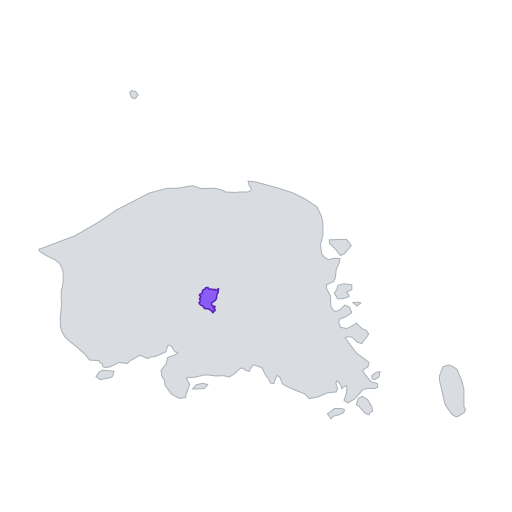 Boeun-gun, North Chungcheong, South Korea (highlighted), rotated 273°
{"feature_id": "91817680B36624004409046", "entity_name": "Boeun-gun", "entity_type": "district", "adm_level": 2, "iso_a3": "KOR", "parent_name": "South Korea", "parent_adm1": "North Chungcheong", "projection": "orthographic", "projection_center": [127.726, 36.48], "detail": "fine", "context": "in_parent", "style": "filled", "palette": "violet", "viewbox_px": 512, "rotation_deg": 273, "n_neighbors": 0, "source": "geoboundaries", "source_scale": "gbopen_adm2", "svg_char_len": 4336}
<svg xmlns="http://www.w3.org/2000/svg" viewBox="0 0 512 512"><g transform="rotate(273 256 256)"><path d="M141.2,106.0L143.2,104.5L143.3,102.3L143.4,95.2L149.0,90.3L157.0,80.1L160.9,74.6L165.3,69.4L170.4,66.0L175.4,64.4L183.3,63.7L198.3,64.4L201.3,63.8L211.7,63.3L214.2,64.2L221.8,64.8L230.2,64.1L234.5,62.6L238.4,60.0L241.8,55.3L245.3,46.8L249.0,40.0L251.2,38.7L266.9,74.5L281.9,97.5L294.7,114.2L313.3,146.3L318.9,163.5L319.6,174.2L322.9,188.9L320.5,197.4L321.5,210.7L320.4,217.5L318.3,222.6L318.4,232.3L319.2,237.5L319.4,244.3L320.9,247.0L323.0,247.9L326.3,245.4L330.4,244.2L329.8,252.5L325.2,273.5L321.2,288.8L315.5,302.1L308.2,314.4L299.2,319.3L292.9,321.0L280.8,321.8L270.7,319.8L262.1,321.4L258.6,324.0L256.1,328.3L258.0,335.0L257.8,340.0L254.1,339.6L246.7,336.8L238.6,336.4L234.8,335.0L230.9,327.9L227.0,328.2L220.2,332.4L209.8,333.4L206.1,335.6L204.8,338.6L206.3,342.3L211.6,347.2L209.8,352.1L204.3,354.6L199.9,348.5L197.2,342.6L194.1,342.2L189.3,343.9L188.3,350.3L190.5,354.7L194.2,359.8L189.0,365.6L187.7,369.8L183.9,372.7L174.0,366.1L175.4,361.3L179.8,356.8L180.3,352.1L178.9,349.3L164.6,361.1L155.6,374.5L150.9,373.5L149.0,370.0L146.3,368.6L136.6,377.2L134.8,384.1L131.3,384.3L129.8,381.3L129.8,375.1L128.2,369.8L118.4,362.0L114.0,355.2L116.5,351.5L124.7,353.7L131.2,353.5L130.0,350.3L127.9,348.7L132.2,347.0L135.9,343.4L132.9,342.4L128.3,344.4L124.5,343.3L123.1,334.5L118.6,325.4L116.3,316.7L121.0,311.7L123.4,303.9L127.7,292.6L129.9,289.0L135.8,286.4L137.9,283.5L134.7,281.9L129.6,280.5L129.8,277.3L133.3,275.5L137.2,272.0L144.8,267.7L147.2,259.4L145.1,257.3L140.4,255.3L141.5,251.1L143.5,248.0L142.8,246.0L137.3,240.6L133.7,235.6L134.8,230.1L134.1,221.6L134.7,214.5L134.5,210.6L131.9,201.9L130.8,193.2L127.3,194.5L124.4,196.6L114.2,193.4L111.0,193.1L109.8,186.7L113.6,178.8L122.3,171.9L127.3,171.1L131.1,168.1L136.9,167.2L143.8,172.0L150.1,173.0L153.5,181.3L155.6,183.0L156.1,180.0L161.2,176.5L162.4,173.8L161.4,172.4L155.5,170.9L150.4,160.6L149.7,156.2L147.9,153.3L150.8,145.2L144.8,135.8L141.9,132.9L142.5,124.5L139.4,119.2L137.7,116.3L136.7,111.2L137.6,108.9L140.3,108.1L141.2,106.0ZM116.6,471.5L113.5,473.3L110.7,472.2L110.0,471.3L106.7,466.7L105.8,464.3L108.2,459.8L117.5,452.6L141.6,445.7L145.9,445.5L155.3,448.6L157.3,454.4L155.5,459.3L153.3,462.6L142.3,468.0L133.7,470.6L116.6,471.5ZM277.4,345.5L271.3,350.6L262.8,344.0L260.8,340.3L267.1,334.9L272.5,328.7L276.0,328.3L277.4,345.5ZM232.9,345.3L232.2,353.1L227.5,353.5L224.7,348.5L221.8,350.9L220.2,351.0L217.9,344.7L217.5,339.8L223.0,336.1L226.3,338.3L231.1,339.4L232.9,345.3ZM111.6,379.5L107.4,380.6L105.0,377.8L103.4,377.1L104.4,373.5L111.4,366.5L112.8,364.0L119.1,365.6L121.4,369.4L118.4,375.1L111.6,379.5ZM134.0,109.5L133.5,120.1L130.0,119.6L127.7,118.5L126.7,116.5L124.4,106.6L127.2,102.6L132.3,105.8L134.0,109.5ZM108.0,350.5L107.1,352.4L104.2,351.8L101.4,346.2L100.2,341.8L97.3,339.4L102.1,335.6L107.9,342.6L108.0,350.5ZM126.1,209.3L125.1,214.5L120.9,211.0L119.8,199.6L124.2,203.0L126.1,209.3ZM413.7,127.4L410.8,129.9L407.3,127.6L406.8,125.1L408.6,122.8L412.7,121.4L414.7,123.2L413.7,127.4ZM146.0,382.0L147.1,385.9L141.7,385.1L138.9,381.4L139.3,378.3L142.5,377.8L146.0,382.0ZM215.3,360.6L214.6,363.1L211.3,359.4L214.5,355.2L215.3,360.6Z" fill="#d9dde1" stroke="#a8b0b8" stroke-width="1"/><path d="M213.4,201.6L213.0,202.7L212.7,202.9L211.9,202.9L211.2,202.6L210.8,202.0L209.8,201.9L209.5,202.5L208.7,202.7L207.6,202.6L207.1,201.9L206.4,201.6L205.4,201.8L204.8,202.8L203.9,203.6L203.6,204.3L203.4,205.4L202.8,206.1L201.7,206.5L200.8,207.6L200.8,208.6L200.8,210.5L200.4,211.7L199.9,212.7L198.9,214.4L197.4,215.5L197.2,216.2L197.7,216.3L198.9,216.4L199.1,217.1L199.1,217.9L199.9,218.0L201.2,217.5L201.5,216.8L202.1,216.4L202.5,217.4L203.4,217.7L203.7,216.8L203.9,215.8L204.1,214.9L205.2,214.3L206.3,214.1L207.2,214.2L207.7,214.9L208.0,215.7L208.7,216.8L209.9,217.7L211.1,218.6L211.9,218.8L214.1,218.8L215.7,219.0L216.6,219.4L217.5,220.2L219.4,220.0L221.2,220.3L221.2,219.8L220.8,219.2L219.8,218.8L219.6,217.6L219.8,217.2L220.5,216.7L220.6,216.0L220.2,215.3L220.2,214.2L220.6,213.2L220.6,212.2L220.5,211.4L220.7,210.5L221.3,210.1L222.1,209.7L221.8,207.9L221.6,207.3L220.4,206.9L220.1,206.5L219.8,205.5L218.9,204.6L217.8,204.2L216.9,204.2L215.9,204.1L215.5,203.3L214.7,201.7L213.7,201.6L213.4,201.6Z" fill="#8b5cf6" stroke="#5b21b6" stroke-width="1.5"/></g></svg>